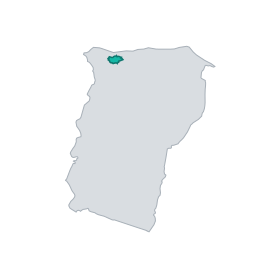 Shai Osudoku, Eastern, Ghana (highlighted), rotated 199°
{"feature_id": "2480657B66464396810782", "entity_name": "Shai Osudoku", "entity_type": "district", "adm_level": 2, "iso_a3": "GHA", "parent_name": "Ghana", "parent_adm1": "Eastern", "projection": "mercator", "projection_center": [0.159, 5.966], "detail": "fine", "context": "in_parent", "style": "filled", "palette": "teal", "viewbox_px": 256, "rotation_deg": 199, "n_neighbors": 0, "source": "geoboundaries", "source_scale": "gbopen_adm2", "svg_char_len": 4355}
<svg xmlns="http://www.w3.org/2000/svg" viewBox="0 0 256 256"><g transform="rotate(199 128 128)"><path d="M156.6,33.2L158.5,35.0L158.9,36.0L158.2,40.0L156.8,42.7L156.0,45.3L156.1,46.6L156.9,47.9L159.8,49.9L161.3,51.2L163.1,53.2L165.1,55.2L168.5,57.7L170.0,58.1L169.9,58.8L169.4,59.8L169.1,69.2L168.9,71.7L168.6,72.9L168.3,76.4L167.9,76.9L167.3,76.9L166.7,77.0L166.5,77.7L166.8,78.4L168.8,78.9L168.4,79.5L166.9,80.0L166.1,81.0L166.4,82.2L165.6,83.2L165.8,83.8L166.4,84.3L167.3,84.1L169.7,82.5L170.7,82.3L172.0,82.7L174.3,85.2L174.4,86.4L173.5,90.5L172.5,93.7L172.4,98.0L173.3,100.4L173.2,101.7L172.1,102.8L169.7,104.4L169.9,105.6L171.0,107.7L173.0,110.0L177.0,112.9L179.1,116.6L179.1,118.2L177.9,119.7L176.5,121.0L176.0,122.9L176.7,135.5L173.5,140.9L173.5,142.5L173.8,144.3L174.7,145.4L176.3,145.7L177.6,146.7L177.1,150.6L176.4,154.5L176.3,156.3L175.9,157.2L174.7,158.0L174.2,159.2L174.5,160.7L174.3,161.8L175.0,163.3L176.4,165.1L178.7,169.6L179.6,169.9L180.0,170.9L179.7,171.8L180.6,173.8L183.1,175.8L185.8,177.5L188.0,177.8L188.5,179.3L189.9,181.3L191.0,182.2L192.6,182.7L194.0,183.0L194.0,184.7L191.6,185.8L189.9,187.5L188.7,190.2L186.9,193.0L181.0,194.5L178.7,194.6L166.4,194.6L154.9,200.3L148.3,202.3L144.2,205.5L138.7,207.8L134.9,210.5L126.9,211.8L113.9,216.2L109.8,217.9L105.7,220.9L99.0,224.4L96.4,224.4L91.1,221.1L87.2,219.4L77.5,216.9L70.3,215.9L66.8,214.8L65.9,214.6L66.7,213.5L68.7,213.4L70.8,213.7L72.4,212.8L74.7,212.7L75.4,211.8L75.5,209.4L75.5,207.5L76.3,206.6L76.6,204.4L75.4,199.3L74.6,198.8L70.4,198.1L70.1,197.1L69.3,196.0L68.5,193.4L67.6,189.6L66.1,184.8L63.3,176.9L62.6,174.1L62.1,171.3L62.0,167.9L62.6,166.6L62.5,164.9L62.2,163.2L64.2,159.1L68.1,154.2L68.9,152.5L69.7,151.2L69.8,149.5L70.5,143.7L72.3,136.8L73.5,134.2L74.3,132.8L75.3,130.4L75.5,129.4L79.1,126.6L80.8,125.9L81.1,124.8L80.6,123.7L80.8,122.9L81.7,122.5L83.0,122.1L84.0,121.0L82.5,112.5L81.2,103.9L81.2,103.2L80.4,102.0L79.7,98.5L78.5,96.4L76.8,95.8L76.8,93.9L78.5,90.6L79.0,88.7L78.1,88.1L78.0,86.6L78.6,84.2L78.3,82.7L78.0,81.1L76.2,77.3L75.8,74.7L76.7,73.1L76.7,69.7L75.7,64.5L75.6,61.1L76.2,59.8L75.9,58.4L74.6,57.2L74.5,56.0L75.6,54.8L75.5,53.9L74.1,53.2L72.9,51.6L71.8,49.0L72.0,44.9L74.1,37.4L74.3,36.7L76.6,36.8L76.7,37.1L83.9,37.0L92.1,36.9L102.0,36.8L111.0,36.7L111.4,36.4L112.9,36.0L121.9,36.8L127.6,36.4L130.0,36.6L131.7,37.1L135.7,36.8L137.7,37.0L139.3,38.9L140.0,38.9L140.8,38.1L142.4,37.2L144.0,36.4L145.1,35.0L145.8,33.8L146.9,34.1L148.3,34.0L149.3,33.1L149.7,31.6L156.6,33.2Z" fill="#d9dde1" stroke="#a8b0b8" stroke-width="1"/><path d="M168.9,188.9L168.9,188.7L169.0,188.6L169.0,188.4L169.1,188.2L169.1,187.9L169.2,187.7L168.9,187.7L168.7,187.6L168.5,187.2L168.7,186.9L168.8,186.8L168.9,186.7L169.0,186.7L168.9,186.6L168.7,186.5L168.7,186.4L168.5,186.2L168.7,185.9L168.4,185.8L168.2,185.8L167.6,185.7L167.4,185.6L167.3,185.4L167.2,185.3L167.2,185.2L167.1,184.9L166.9,184.8L166.8,184.7L166.6,184.5L166.4,184.5L166.3,184.4L166.2,184.4L166.0,184.2L165.8,184.1L165.7,184.1L165.3,184.2L165.2,184.2L165.0,184.3L164.9,184.3L165.0,184.3L164.9,184.2L164.7,184.3L164.4,184.4L164.3,184.5L164.2,184.5L164.2,184.4L163.9,184.4L163.7,184.3L163.3,184.2L163.2,184.1L162.9,184.2L162.9,184.3L162.6,184.5L162.3,184.7L162.2,184.8L161.9,184.9L161.9,185.0L161.7,185.1L161.5,185.3L161.4,185.3L161.3,185.5L161.2,185.5L160.9,185.5L160.7,185.5L159.8,185.9L159.7,185.8L159.4,185.6L159.2,185.5L159.2,186.2L159.1,186.3L159.0,186.5L158.9,186.6L158.9,186.8L158.8,187.0L158.6,187.1L158.4,187.0L158.2,187.3L158.4,187.6L158.5,187.8L158.5,188.1L158.3,188.3L158.2,188.4L158.2,188.5L157.9,188.6L157.6,188.8L157.4,189.0L156.8,189.4L156.7,189.5L156.4,189.9L156.3,190.0L156.1,190.1L155.8,190.3L155.7,190.5L155.4,190.6L155.2,190.8L155.0,191.0L155.3,191.2L155.6,191.2L155.7,191.3L155.8,191.3L156.0,191.5L156.3,191.7L156.3,191.8L156.4,192.0L156.5,192.0L156.8,192.0L157.0,192.1L157.3,192.2L157.5,192.2L157.5,192.3L157.6,192.2L157.6,192.3L157.8,192.3L158.0,192.2L158.1,192.3L158.1,192.5L158.3,192.6L158.5,192.6L158.8,192.7L159.0,192.7L159.3,192.7L159.5,192.7L159.8,192.7L160.8,192.5L160.9,192.4L161.2,192.2L161.4,191.9L161.5,191.8L161.9,192.1L162.2,192.4L162.2,192.2L162.6,192.2L163.8,191.7L164.7,190.9L165.1,190.1L165.2,189.9L165.3,189.9L165.5,189.7L165.8,189.5L166.3,189.4L166.6,189.4L167.1,189.4L168.8,189.3L168.8,189.1L168.9,188.9Z" fill="#14b8a6" stroke="#0f766e" stroke-width="1.5"/></g></svg>